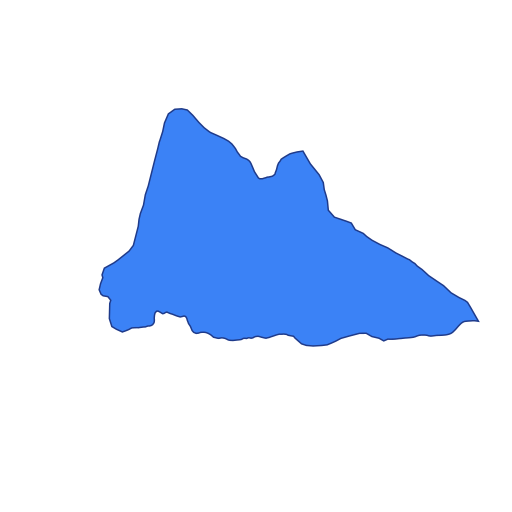 the district of Chargharay, Samchi, Bhutan, rotated 60°
{"feature_id": "84629894B86472917172938", "entity_name": "Chargharay", "entity_type": "district", "adm_level": 2, "iso_a3": "BTN", "parent_name": "Bhutan", "parent_adm1": "Samchi", "projection": "natural_earth1", "projection_center": [88.979, 26.995], "detail": "fine", "context": "isolated", "style": "filled", "palette": "blue", "viewbox_px": 512, "rotation_deg": 60, "n_neighbors": 0, "source": "geoboundaries", "source_scale": "gbopen_adm2", "svg_char_len": 3555}
<svg xmlns="http://www.w3.org/2000/svg" viewBox="0 0 512 512"><g transform="rotate(60 256 256)"><path d="M393.4,187.8L393.9,183.4L394.6,182.3L395.6,180.6L396.6,178.8L397.5,177.0L398.3,175.2L399.1,173.3L400.0,171.5L400.8,169.6L401.6,167.8L402.5,166.0L403.4,164.1L404.2,162.3L405.0,160.4L405.5,158.5L405.8,156.4L406.2,154.5L407.0,152.6L408.0,150.8L409.0,149.1L410.2,147.5L411.6,146.2L412.8,144.6L413.6,142.8L414.4,140.9L415.2,139.0L416.2,137.2L417.1,135.5L418.0,133.7L418.9,131.8L419.6,130.0L420.2,127.9L420.5,125.9L420.4,123.9L419.9,121.9L419.4,120.0L418.7,118.0L418.0,116.0L417.4,114.0L416.9,112.1L416.7,110.1L416.9,108.2L417.7,106.3L418.6,104.4L419.5,102.6L420.4,100.7L421.4,99.0L422.6,97.4L423.7,96.0L408.5,95.9L401.9,96.0L398.9,97.3L393.4,101.0L385.4,105.5L375.5,108.4L367.4,112.4L359.3,116.3L350.7,119.0L345.4,121.4L341.9,122.2L339.4,123.6L335.9,125.0L334.7,126.0L330.3,128.8L323.4,133.3L314.9,137.8L308.0,142.9L300.5,147.6L294.5,150.4L290.1,151.8L282.9,156.9L275.1,157.0L271.0,160.4L261.6,168.7L257.5,169.5L252.5,170.5L244.0,166.6L238.3,165.0L232.6,163.7L226.0,161.0L217.2,160.7L203.3,162.9L188.6,162.9L186.4,168.5L185.1,173.0L184.5,175.5L184.5,179.8L184.6,183.3L184.8,185.8L186.0,187.9L186.8,190.0L188.5,192.2L191.3,194.9L192.5,196.3L193.4,197.5L194.5,198.5L194.9,199.9L195.1,201.9L194.0,205.4L193.3,206.9L193.1,208.5L192.7,209.8L192.3,211.8L191.6,213.0L190.9,214.2L189.6,214.9L186.9,215.0L182.3,215.2L177.6,214.6L173.3,214.1L171.2,214.1L169.4,214.6L167.4,215.6L164.4,218.1L161.9,219.6L159.7,219.8L156.4,220.2L152.7,220.1L150.2,220.4L146.9,220.9L142.8,222.4L138.2,225.1L132.0,229.5L126.4,233.6L124.9,234.4L119.0,236.8L111.8,238.7L102.6,240.4L95.2,242.5L91.4,246.7L88.3,253.0L89.1,260.8L95.0,268.7L101.6,274.6L107.9,281.5L108.9,282.7L114.0,287.5L123.1,296.5L132.5,305.6L141.5,314.3L147.6,321.2L155.7,328.0L161.4,334.9L165.7,338.9L171.4,343.1L180.7,352.2L185.5,356.9L188.3,363.5L190.4,377.4L190.9,382.5L190.7,393.4L195.4,398.8L198.2,399.5L202.2,404.4L206.8,408.7L211.7,409.3L214.0,408.3L217.1,404.6L221.7,403.9L224.0,406.4L236.9,414.3L245.0,416.1L249.5,413.6L254.0,410.4L255.0,409.7L255.2,408.3L255.5,406.9L255.9,404.3L256.1,402.6L256.1,401.0L256.2,399.5L257.0,397.8L258.2,395.5L259.4,393.5L259.9,392.1L260.5,390.7L261.0,389.4L262.1,387.2L262.3,386.0L262.6,384.6L263.4,383.1L263.8,381.5L263.8,379.9L263.0,378.1L262.2,377.1L260.6,376.0L258.9,375.2L256.5,373.5L254.9,372.0L254.1,369.8L254.7,368.4L256.7,367.1L259.3,365.7L259.7,364.5L259.7,362.5L260.0,361.2L261.0,360.5L263.0,359.0L264.7,357.4L266.5,356.0L268.0,354.8L269.0,353.9L270.9,352.1L271.5,350.2L272.0,348.3L273.2,347.2L275.3,347.1L277.6,347.7L279.2,347.9L280.7,348.2L282.4,348.1L283.7,348.0L285.0,348.1L286.4,348.3L288.6,348.6L289.7,348.4L291.0,348.1L293.1,346.5L294.0,344.4L294.4,342.3L295.0,341.0L296.0,339.2L296.9,338.0L297.7,337.2L299.2,336.0L301.4,334.7L303.6,333.9L305.1,333.4L306.4,332.0L307.7,330.7L308.7,329.4L309.6,326.8L310.5,325.5L312.0,323.9L313.4,322.9L314.8,322.0L315.9,320.8L316.8,319.5L317.7,318.0L319.0,315.0L320.5,311.7L321.0,310.2L321.0,308.3L321.6,306.9L322.7,305.4L323.0,303.5L323.7,302.4L324.7,301.4L325.3,299.7L325.3,298.1L325.5,296.7L326.5,294.4L327.4,293.4L328.9,292.0L331.3,289.5L332.2,288.4L332.6,286.9L333.1,285.4L333.5,283.0L333.8,281.7L334.6,277.6L335.3,275.0L336.6,272.8L337.4,271.1L339.2,268.7L340.7,267.8L344.3,263.6L346.4,263.3L354.8,260.5L358.6,257.1L362.5,251.5L366.4,243.7L368.5,238.8L369.1,234.4L369.6,229.5L369.8,223.6L371.9,215.3L374.7,205.1L378.0,199.2L383.7,195.9L388.7,190.6L393.4,187.8Z" fill="#3b82f6" stroke="#1e3a8a" stroke-width="1.5"/></g></svg>